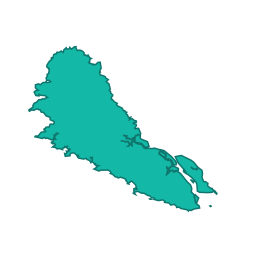 Pathein, Ayeyarwady, Myanmar, rotated 282°
{"feature_id": "60261553B36650423786052", "entity_name": "Pathein", "entity_type": "district", "adm_level": 2, "iso_a3": "MMR", "parent_name": "Myanmar", "parent_adm1": "Ayeyarwady", "projection": "orthographic", "projection_center": [94.599, 16.703], "detail": "fine", "context": "isolated", "style": "filled", "palette": "teal", "viewbox_px": 256, "rotation_deg": 282, "n_neighbors": 0, "source": "geoboundaries", "source_scale": "gbopen_adm2", "svg_char_len": 5783}
<svg xmlns="http://www.w3.org/2000/svg" viewBox="0 0 256 256"><g transform="rotate(282 128 128)"><path d="M124.5,27.4L123.9,28.2L125.6,29.8L125.7,32.2L127.2,34.0L127.9,36.3L127.2,37.1L127.5,38.3L125.5,39.8L125.7,42.1L122.8,45.4L122.3,49.5L119.9,50.2L119.0,54.4L118.0,54.8L116.2,54.2L115.6,51.1L112.7,50.7L111.7,47.6L110.5,47.4L110.0,46.3L108.8,46.1L108.5,47.4L107.3,48.1L105.9,44.1L101.5,41.7L100.9,39.1L100.1,38.8L100.0,46.5L101.4,48.3L100.7,49.7L101.4,51.2L100.5,55.4L101.2,57.1L104.2,57.8L105.9,57.2L106.2,58.7L107.8,58.8L108.2,59.4L107.8,60.8L108.6,61.5L107.7,60.9L107.8,59.2L105.6,58.9L105.7,57.6L102.8,58.6L101.9,59.7L101.1,57.3L98.7,57.4L98.4,56.2L97.7,56.0L96.8,57.8L97.7,59.2L96.5,60.5L93.7,58.1L93.9,61.0L92.8,62.9L93.7,65.4L93.2,68.6L95.0,68.5L95.4,69.6L96.6,70.0L96.0,70.5L97.5,72.3L95.9,72.2L95.1,74.1L95.5,75.2L94.7,75.7L94.3,73.5L94.0,74.8L93.3,75.1L92.5,74.4L92.6,72.6L91.3,73.3L89.8,72.5L89.9,71.3L87.3,72.5L88.8,77.1L90.2,76.7L91.4,77.4L92.5,80.2L91.0,83.2L89.2,84.7L90.6,84.3L91.5,85.6L90.6,84.5L90.1,85.6L88.9,85.1L88.3,85.9L88.4,91.0L89.6,93.6L88.7,94.3L88.2,97.2L86.4,98.9L88.8,99.7L90.1,99.4L91.5,96.7L91.1,98.2L92.5,99.6L91.1,98.7L90.3,99.7L87.6,99.8L86.1,102.8L86.6,104.2L85.4,103.1L85.0,104.3L83.3,105.5L85.1,106.0L85.0,106.9L84.5,105.8L83.1,105.7L80.8,103.2L79.9,108.5L81.2,110.3L82.7,117.4L81.6,120.1L80.4,120.7L79.8,120.2L79.5,122.5L77.5,125.8L77.8,127.2L77.1,128.8L78.4,131.1L77.5,136.7L76.2,136.8L74.5,139.3L73.5,138.9L73.4,140.4L74.1,139.8L75.6,141.5L76.3,141.5L76.7,143.1L73.9,147.3L72.1,148.3L70.1,148.3L70.7,150.2L69.7,148.6L70.6,147.5L69.6,146.3L66.5,147.2L68.1,150.9L67.1,154.5L67.5,157.5L66.1,161.3L66.2,163.2L64.9,165.4L64.8,168.3L65.4,168.6L63.6,168.3L63.3,172.8L64.9,176.9L64.0,179.4L62.9,179.2L63.1,183.7L61.5,185.9L62.9,189.1L61.4,191.9L60.4,192.1L61.2,194.6L60.3,196.2L60.3,202.7L59.3,204.4L60.4,204.8L60.5,207.0L62.5,209.4L64.6,214.7L66.6,213.8L68.9,209.5L72.7,208.2L74.4,206.9L76.0,207.2L78.5,203.3L82.2,202.9L85.3,201.0L87.7,197.0L94.5,188.8L96.1,184.4L94.3,182.1L95.6,180.3L94.8,178.2L93.6,177.9L90.4,175.4L95.5,175.6L96.5,174.4L98.7,173.7L96.7,174.9L96.6,175.6L100.7,179.2L105.2,176.3L104.6,173.8L105.1,171.0L106.8,168.8L109.0,163.8L109.6,163.4L110.6,163.5L113.3,164.8L113.8,158.0L112.8,155.8L112.4,151.5L111.5,149.9L111.8,147.9L114.7,144.7L114.5,140.5L115.8,136.3L115.4,134.9L114.6,134.6L110.7,136.3L112.5,135.0L113.1,132.6L112.7,132.6L112.2,133.4L111.8,133.5L110.2,132.0L110.2,131.5L112.0,133.5L112.6,132.6L114.7,130.8L113.8,128.5L114.3,126.4L114.0,124.1L114.1,123.6L114.4,126.6L113.9,128.7L115.0,130.3L114.8,131.0L113.6,132.0L112.7,134.8L115.0,134.2L117.1,136.6L119.3,136.1L119.1,135.3L117.1,134.3L117.6,131.0L117.2,128.5L117.9,128.1L119.6,128.5L119.5,126.0L120.4,124.9L119.9,126.2L120.1,128.7L117.5,128.7L118.2,130.8L117.4,133.9L119.4,134.8L120.3,136.7L122.1,136.8L122.4,138.2L123.8,139.0L123.5,141.3L125.1,141.6L129.5,138.7L129.9,137.8L128.7,135.5L129.2,134.6L132.1,135.7L133.3,135.3L133.5,132.2L134.2,132.3L135.5,135.0L136.6,134.6L136.8,132.3L138.1,129.9L136.4,127.7L139.1,128.3L138.1,126.4L140.8,124.7L141.1,123.6L142.2,123.0L143.1,123.5L143.4,121.6L144.3,121.3L144.0,120.1L146.3,118.0L147.4,113.3L148.7,111.8L149.9,112.3L150.7,109.4L152.7,106.6L152.5,105.9L154.9,105.3L156.2,106.3L157.3,106.1L158.4,103.9L160.0,103.4L160.9,101.8L162.2,102.6L167.2,100.2L168.7,97.1L171.2,98.7L172.3,95.8L173.6,94.9L174.3,89.6L176.2,88.6L176.9,89.4L178.0,88.4L180.9,89.3L186.6,87.1L185.9,84.9L183.6,83.4L182.6,81.3L182.8,80.3L183.2,80.7L183.3,76.7L184.1,75.9L184.6,76.8L187.3,76.4L188.3,77.7L188.8,75.9L191.0,73.8L189.9,73.4L190.6,71.4L190.2,70.0L192.6,69.3L193.8,67.2L194.2,64.6L193.2,62.3L195.9,60.1L196.7,60.2L196.2,58.6L193.4,56.4L194.7,54.3L193.5,54.3L192.8,53.2L192.5,51.5L193.6,50.9L191.1,49.0L188.5,49.0L189.4,46.6L187.6,44.9L187.4,42.8L185.4,42.3L185.3,41.2L184.2,40.1L180.3,39.8L180.9,38.7L180.5,38.4L178.3,38.7L177.1,37.3L172.6,35.6L170.7,36.0L170.1,38.1L169.4,37.8L168.4,39.0L164.5,38.9L163.6,37.7L162.0,38.3L159.8,37.5L157.8,38.7L158.2,41.0L157.2,42.7L155.8,40.2L155.6,39.2L156.5,38.2L155.5,37.8L154.7,35.3L152.0,33.2L152.6,31.3L151.0,28.5L148.0,29.1L146.3,32.3L145.5,30.1L143.7,28.7L140.6,31.1L140.9,34.3L142.4,34.0L141.9,35.8L142.4,40.4L141.1,43.0L140.2,41.1L138.7,40.0L138.9,38.2L137.8,37.4L137.1,34.9L134.0,33.0L132.8,31.1L130.2,30.3L128.7,30.9L125.5,27.6L124.5,27.4ZM109.5,196.7L112.2,185.8L109.8,180.2L104.1,184.5L98.2,192.7L95.8,194.5L93.0,200.3L89.2,205.7L87.5,207.0L80.6,209.0L80.0,211.5L81.3,219.1L82.5,223.5L83.9,224.8L81.8,228.4L82.4,228.6L84.5,226.0L85.5,223.3L86.3,223.0L86.4,221.0L87.5,218.5L88.5,217.7L90.4,217.7L91.6,215.0L91.3,213.1L95.1,210.6L99.2,210.3L102.0,209.1L104.0,204.7L101.6,204.1L101.4,203.4L101.9,201.9L101.4,199.9L103.1,197.4L101.7,200.4L102.0,202.0L101.7,203.5L104.2,204.4L107.9,199.8L109.5,196.7ZM120.8,136.9L116.5,137.4L115.7,138.1L115.6,144.6L112.9,148.5L112.9,150.1L114.4,152.4L118.7,149.9L119.9,142.9L120.9,142.0L123.0,141.7L123.5,139.2L122.1,138.1L121.9,136.9L120.8,136.9ZM109.2,176.2L113.4,167.9L113.5,165.2L112.1,166.5L110.1,170.8L105.7,171.4L106.3,174.6L105.9,176.0L104.8,178.0L101.3,180.3L102.0,182.7L103.8,182.6L105.7,181.1L109.2,176.2ZM98.9,185.7L100.3,180.2L98.2,177.6L95.7,175.9L95.3,178.1L96.0,180.7L94.9,182.5L96.3,183.4L96.9,186.1L98.9,185.7ZM110.2,169.9L111.4,166.1L112.6,165.0L109.8,163.6L106.7,169.8L109.1,170.5L110.2,169.9ZM74.8,207.2L68.7,210.1L68.7,210.7L74.3,211.7L76.7,207.6L74.8,207.2ZM94.9,177.8L94.9,175.6L92.4,176.2L94.1,177.8L94.9,177.8ZM98.4,191.1L96.8,191.4L95.9,193.5L97.5,192.5L98.4,191.1ZM89.1,203.6L89.9,201.5L90.6,199.8L88.1,203.2L89.1,203.6ZM64.6,149.0L65.6,148.0L65.4,146.1L64.6,149.0ZM63.2,165.5L63.4,164.8L63.1,163.9L62.8,164.3L63.2,165.5ZM68.7,225.5L69.2,224.9L68.8,224.3L68.3,225.0L68.7,225.5Z" fill="#14b8a6" stroke="#0f766e" stroke-width="1.5"/></g></svg>